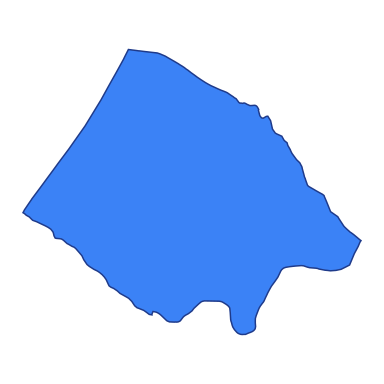 Sageata, Buzau, Romania
{"feature_id": "2599482B66613850567088", "entity_name": "Sageata", "entity_type": "district", "adm_level": 2, "iso_a3": "ROU", "parent_name": "Romania", "parent_adm1": "Buzau", "projection": "orthographic", "projection_center": [27.041, 45.126], "detail": "fine", "context": "isolated", "style": "filled", "palette": "blue", "viewbox_px": 384, "rotation_deg": 0, "n_neighbors": 0, "source": "geoboundaries", "source_scale": "gbopen_adm2", "svg_char_len": 3878}
<svg xmlns="http://www.w3.org/2000/svg" viewBox="0 0 384 384"><path d="M263.7,301.5L264.0,301.1L264.3,300.4L265.5,297.7L266.9,294.8L267.8,292.8L269.5,289.6L271.3,286.4L272.0,285.4L272.9,284.2L275.3,280.9L277.9,277.1L280.8,271.0L281.7,269.7L283.3,268.3L284.4,267.8L285.9,267.3L289.5,266.7L294.7,266.1L301.2,265.6L303.5,265.8L304.7,266.2L307.3,267.1L309.6,267.7L316.0,268.2L317.7,268.5L318.9,269.0L325.0,270.2L327.3,270.4L330.4,270.8L335.9,270.4L341.1,269.3L345.9,266.9L349.6,265.0L354.3,253.7L358.2,246.4L359.5,243.3L359.9,242.3L360.7,241.1L361.0,240.6L360.5,240.3L359.9,239.8L356.1,236.6L353.7,234.6L351.1,232.7L350.4,232.3L349.8,231.8L346.8,229.1L344.2,226.6L343.4,225.5L338.7,218.3L337.8,216.7L330.6,211.7L326.7,202.0L325.0,198.0L324.4,196.7L324.2,195.9L324.0,195.5L322.5,194.3L319.2,192.5L316.0,190.7L313.8,189.4L308.8,186.5L308.0,185.8L307.5,185.2L305.6,179.9L305.2,178.5L304.5,177.0L303.8,174.2L302.3,168.7L302.1,167.6L301.7,166.3L301.3,165.7L299.8,162.8L297.4,160.5L296.5,159.6L296.0,158.9L295.4,158.1L291.9,153.3L291.4,152.2L291.0,151.5L290.8,151.0L290.5,150.3L290.3,149.7L287.8,145.4L287.1,142.8L284.6,140.8L283.9,140.0L281.8,136.2L276.7,133.9L275.3,133.1L272.5,129.1L271.4,124.2L270.6,120.7L267.8,116.2L266.3,116.4L263.2,118.2L262.5,118.1L261.4,117.8L259.8,115.6L258.4,110.2L258.6,109.8L258.7,109.7L258.6,109.3L258.5,109.1L257.5,107.2L256.5,106.0L255.3,105.4L254.3,105.3L252.3,105.5L250.0,105.6L249.7,105.5L247.7,104.6L246.7,104.2L246.0,103.7L245.4,103.4L244.6,103.1L244.1,103.0L243.8,103.0L242.8,103.4L241.9,103.2L241.0,103.1L239.8,103.1L238.7,102.3L238.4,101.8L236.1,98.7L234.7,97.9L234.2,97.6L233.3,96.8L230.7,95.1L229.4,94.2L228.4,93.5L227.4,92.8L225.5,91.9L225.1,91.8L224.0,91.3L221.0,90.2L217.6,88.7L216.3,88.1L215.0,87.5L214.8,87.4L211.0,85.7L207.9,84.0L205.3,82.5L202.5,80.7L200.8,79.6L199.5,78.7L198.0,77.7L197.0,77.0L192.1,73.4L191.2,72.8L190.6,72.3L187.8,70.1L187.0,69.6L186.1,69.0L184.5,67.7L182.1,66.1L181.4,65.7L179.3,64.4L178.3,63.7L177.1,63.0L170.2,59.0L167.4,57.4L166.1,56.6L165.2,56.1L163.6,55.4L161.9,54.7L160.6,54.1L158.9,53.5L157.0,52.9L156.4,52.9L156.1,52.9L155.9,52.8L154.0,52.6L143.5,51.4L139.6,50.9L139.2,50.9L138.9,50.9L137.0,50.6L134.6,50.3L132.2,50.0L128.4,49.5L124.3,57.6L123.6,59.1L116.8,71.5L110.5,82.7L108.1,87.0L101.0,99.9L85.1,125.9L68.7,149.2L57.7,163.9L55.9,166.4L45.3,180.8L41.5,186.0L31.8,199.0L31.4,199.7L28.7,203.6L25.6,208.2L24.6,209.6L23.0,212.7L24.5,213.6L26.2,215.2L29.4,217.0L31.2,218.9L32.7,220.3L36.8,221.8L40.3,223.5L45.2,225.8L48.2,227.4L50.7,229.1L52.8,231.7L53.3,232.8L54.0,235.8L55.2,238.1L56.5,238.4L59.8,238.7L61.5,239.0L63.4,240.2L67.0,243.5L69.1,244.6L72.1,246.4L74.1,247.2L75.7,248.5L79.1,252.4L81.9,255.7L83.8,259.8L87.0,264.5L89.3,266.4L94.0,269.4L97.3,271.0L99.0,272.1L102.1,274.6L104.3,277.0L106.2,279.7L108.4,284.5L109.1,285.9L110.9,287.2L113.8,288.5L117.3,290.9L120.0,293.4L126.5,297.0L128.7,298.3L130.8,300.4L131.8,301.4L134.7,305.8L137.1,307.8L138.6,308.3L143.8,310.4L146.6,312.4L149.2,314.4L152.0,314.9L152.0,314.0L153.0,311.5L153.6,311.6L156.0,312.1L157.5,312.7L158.7,313.5L159.2,313.7L161.0,315.2L166.0,320.0L166.9,320.8L168.5,321.5L169.5,321.9L174.4,322.1L175.8,322.0L176.8,322.1L178.2,321.9L179.8,321.2L180.5,320.6L183.0,317.3L184.0,316.3L185.4,315.3L188.5,313.6L192.0,310.9L193.9,308.4L198.6,304.0L201.0,302.0L202.2,301.4L204.3,300.9L219.2,301.2L221.3,301.6L222.5,302.1L225.8,304.1L227.6,305.4L228.7,306.5L229.6,307.7L229.8,308.5L230.2,312.1L230.6,318.4L230.6,319.0L230.9,320.9L231.4,322.3L232.2,325.3L232.8,327.0L234.4,329.6L236.8,332.3L237.9,333.2L239.3,333.9L240.9,334.4L242.5,334.5L243.7,334.4L245.5,334.4L248.4,333.1L250.4,332.4L252.2,331.6L253.6,330.7L254.8,329.4L255.2,328.6L255.6,326.5L255.3,322.9L255.3,320.2L255.4,318.3L256.2,315.6L258.3,310.1L259.2,308.0L260.5,305.8L261.6,304.4L262.2,303.5L263.3,302.2L263.5,301.9L263.7,301.5Z" fill="#3b82f6" stroke="#1e3a8a" stroke-width="1.5"/></svg>